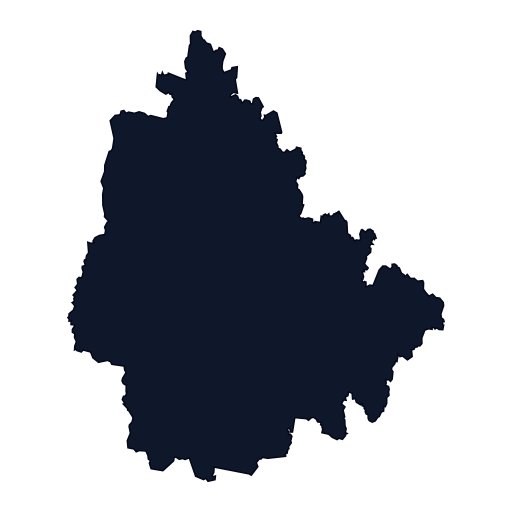 North Burnett, Queensland, Australia (Equal Earth projection)
{"feature_id": "25037944B97560087028013", "entity_name": "North Burnett", "entity_type": "district", "adm_level": 2, "iso_a3": "AUS", "parent_name": "Australia", "parent_adm1": "Queensland", "projection": "equal_earth", "projection_center": [151.493, -25.244], "detail": "fine", "context": "isolated", "style": "filled", "palette": "ink", "viewbox_px": 512, "rotation_deg": 0, "n_neighbors": 0, "source": "geoboundaries", "source_scale": "gbopen_adm2", "svg_char_len": 6016}
<svg xmlns="http://www.w3.org/2000/svg" viewBox="0 0 512 512"><path d="M81.3,352.0L83.1,350.0L90.6,352.0L92.9,357.8L98.5,362.3L107.6,360.4L110.6,361.8L111.8,364.3L124.2,366.1L124.6,369.9L126.0,372.6L122.7,378.1L122.0,380.9L123.3,383.6L126.2,385.4L126.1,391.9L127.0,392.1L125.4,396.1L123.5,396.3L122.3,399.5L124.8,403.4L123.3,404.0L127.5,408.5L127.7,410.2L129.1,411.1L133.1,417.8L132.0,422.1L129.4,424.9L129.1,426.6L130.4,433.1L127.3,440.7L128.0,447.8L133.8,448.9L136.2,451.8L139.3,450.6L145.9,451.0L147.9,455.4L148.3,459.0L150.4,460.7L149.4,463.3L151.1,468.7L162.9,470.7L173.6,460.9L174.0,458.0L175.6,456.9L179.3,459.3L182.6,458.5L185.0,459.5L189.3,457.9L195.6,476.2L203.6,479.6L205.8,478.3L208.0,481.3L215.0,479.7L215.4,476.0L213.5,476.7L212.2,475.7L213.8,472.3L214.1,467.1L249.1,473.9L251.3,475.2L257.8,466.7L256.3,462.6L259.4,458.9L261.1,459.0L262.4,457.4L267.7,458.3L285.6,456.3L285.6,453.2L287.1,453.2L287.8,449.5L288.9,448.7L288.5,446.7L291.3,442.8L290.7,440.9L291.9,436.2L290.4,434.3L288.4,434.6L289.1,432.1L287.3,430.0L288.5,427.9L289.8,428.9L290.8,432.1L292.5,432.0L294.8,417.6L306.4,418.7L308.5,420.3L311.5,417.7L313.6,417.4L316.2,419.2L317.6,421.9L321.2,422.4L320.6,424.6L322.4,426.5L322.0,427.7L322.8,428.7L321.9,432.7L328.7,434.2L332.2,437.3L337.1,439.6L338.9,438.3L342.5,439.3L345.5,435.6L345.4,434.3L347.1,433.5L345.4,432.6L346.2,428.6L345.0,426.0L344.8,420.0L343.6,418.1L344.7,416.9L343.1,410.1L345.0,406.9L341.5,403.9L343.6,400.0L346.1,400.3L345.2,397.2L348.0,395.6L348.5,391.9L352.1,393.2L352.6,399.1L355.3,398.6L356.3,402.2L360.5,404.8L362.1,403.6L362.1,405.7L364.6,406.6L364.0,408.0L365.6,410.5L365.2,411.8L366.3,414.1L368.1,414.8L368.2,418.6L369.2,420.6L372.2,422.2L375.3,420.9L377.7,417.3L379.3,416.5L381.4,411.9L383.6,411.2L383.9,406.4L385.3,406.7L386.7,403.4L386.7,397.5L389.0,395.4L388.6,391.8L389.2,389.3L388.5,386.5L385.6,385.4L386.2,383.0L385.8,380.1L388.9,379.7L390.5,381.4L392.2,379.1L392.9,371.7L391.6,369.9L391.7,367.5L394.8,363.7L395.3,361.5L397.0,361.6L398.2,354.3L399.9,356.7L402.5,356.0L407.4,359.9L412.2,356.5L411.5,349.9L414.0,349.3L415.0,347.1L417.1,347.0L417.8,345.8L419.9,345.9L421.9,343.6L421.8,338.0L424.9,330.0L428.7,328.8L432.1,329.3L431.9,327.4L434.4,327.8L435.0,329.0L436.8,327.9L439.1,329.5L442.8,329.7L443.7,325.1L442.5,324.9L443.0,321.3L444.1,321.5L443.5,319.5L441.3,317.8L440.9,313.9L443.6,305.8L443.3,302.5L439.7,298.1L435.8,297.6L432.7,294.2L428.9,296.1L425.5,292.1L423.4,289.1L423.6,282.7L422.7,280.6L417.5,281.2L414.2,278.3L410.5,278.5L407.3,274.4L404.8,276.7L404.2,275.0L401.4,273.1L399.3,267.9L397.2,267.0L396.9,265.6L394.7,264.0L392.1,264.3L392.2,267.0L390.3,269.2L385.8,266.1L382.8,266.0L379.2,270.0L373.0,285.5L369.7,285.1L366.0,287.1L366.0,282.1L364.7,281.5L363.7,282.5L362.2,281.0L362.0,279.4L362.8,279.3L363.6,276.7L362.2,271.6L364.5,271.7L364.2,269.5L366.9,269.8L368.2,268.0L364.5,264.0L366.6,258.4L366.2,256.2L370.6,252.3L370.9,248.4L369.3,247.3L370.6,244.2L373.0,244.3L371.4,242.5L372.0,240.6L373.5,238.2L374.5,239.5L375.2,238.0L376.1,238.1L374.7,233.9L373.0,232.6L373.2,231.2L370.3,229.2L368.1,229.4L365.6,232.1L362.1,229.5L361.3,230.0L359.8,234.1L360.6,238.5L359.8,240.4L356.2,239.9L354.8,241.2L352.6,237.5L351.0,238.2L350.3,235.3L347.5,233.6L346.9,222.3L345.8,220.6L344.9,221.0L338.9,211.3L337.9,211.8L337.8,213.3L336.2,212.7L335.7,214.0L334.1,213.7L332.4,216.0L329.4,216.2L328.8,213.8L327.0,215.6L325.4,214.0L323.2,215.2L323.1,216.8L321.2,216.1L320.5,222.5L315.0,221.6L314.9,222.9L312.6,222.4L312.5,219.1L308.4,217.9L304.9,218.9L303.1,218.0L302.6,219.0L299.6,217.1L299.0,215.6L300.8,213.4L303.7,204.9L302.1,204.3L302.6,196.6L302.0,194.4L299.2,189.9L297.3,188.7L297.7,184.7L295.6,181.4L296.9,177.3L298.8,178.6L300.2,176.4L303.3,175.8L305.2,173.7L304.6,171.9L305.8,168.4L305.3,164.6L306.0,163.3L306.0,160.9L303.9,158.9L304.5,157.5L303.8,155.4L302.1,154.6L302.3,152.4L300.7,150.1L300.9,148.3L296.5,147.2L295.9,149.0L290.0,152.1L286.9,149.7L284.7,152.4L282.4,152.2L280.2,149.2L277.8,148.2L277.9,146.1L276.3,142.7L277.2,139.6L275.9,138.7L275.6,137.1L276.5,136.5L274.8,133.1L281.2,133.3L281.7,132.3L276.9,113.0L273.5,111.0L265.7,115.6L264.5,115.2L264.8,117.4L262.6,120.5L260.9,119.9L259.9,117.9L261.0,116.1L260.2,112.4L261.7,108.0L263.2,106.7L258.5,97.9L255.9,97.6L253.5,99.0L252.6,103.5L251.8,103.9L250.8,103.8L249.7,101.1L246.3,100.1L244.8,100.1L242.2,103.3L240.6,99.7L239.0,100.0L237.5,96.2L235.5,94.8L230.5,97.1L230.2,95.1L233.1,92.4L237.5,93.2L235.2,79.3L236.6,77.5L237.3,66.7L232.0,67.6L231.4,69.9L223.9,72.6L222.2,69.3L222.1,66.5L222.7,61.3L225.4,53.8L222.3,48.9L219.2,47.6L218.2,50.0L215.3,50.6L214.4,52.6L213.1,51.4L210.4,44.3L206.2,42.9L204.4,40.1L203.3,40.1L200.9,36.2L200.8,31.5L197.7,30.7L195.2,32.0L192.9,31.4L190.4,35.8L190.6,44.1L189.5,45.3L187.9,57.0L186.1,58.2L184.8,61.6L185.6,68.2L188.2,72.3L185.9,73.2L186.5,79.6L185.8,80.1L168.3,73.1L168.0,74.3L164.6,75.2L163.4,74.8L162.4,72.4L161.2,75.8L159.8,74.7L158.3,75.2L157.5,73.8L156.2,86.9L160.0,90.6L165.8,94.1L168.8,92.5L170.1,94.3L171.7,93.9L172.3,97.1L174.4,99.2L171.3,103.1L170.1,106.6L168.9,106.6L167.2,111.4L168.1,112.5L167.1,117.9L163.2,118.7L150.6,115.5L148.1,116.6L144.5,113.4L139.1,111.8L134.5,113.3L128.6,112.1L126.1,113.3L123.9,110.5L121.1,111.2L120.1,114.8L115.1,115.4L110.2,120.7L114.1,138.4L112.6,148.3L111.3,150.8L109.2,151.4L104.8,165.2L104.7,171.5L101.1,181.4L103.8,188.2L102.7,194.3L102.9,205.4L104.8,213.8L104.5,216.7L108.9,221.5L107.2,222.3L104.6,227.2L105.6,230.3L104.8,234.5L99.5,235.4L95.0,237.7L93.0,241.1L93.9,242.8L90.8,243.3L87.8,242.2L88.6,252.7L86.5,255.7L85.9,259.7L84.5,259.9L84.1,261.5L85.4,265.3L82.3,266.4L82.1,268.1L83.3,271.9L82.2,276.6L81.2,277.8L79.0,277.4L77.1,279.3L77.7,284.2L75.1,287.5L77.4,290.3L73.1,295.1L74.8,297.0L73.8,298.4L74.3,301.3L72.1,302.6L74.8,305.8L73.5,310.0L69.1,313.7L68.9,316.5L67.9,317.6L69.2,319.4L69.0,321.2L71.1,320.8L71.0,324.6L74.3,324.9L74.5,326.1L72.4,329.3L72.4,332.3L74.8,333.7L74.5,337.4L76.4,341.7L74.8,346.0L74.5,349.9L76.1,349.3L77.0,350.6L81.3,352.0Z" fill="#0f172a" stroke="#020617" stroke-width="1.5"/></svg>